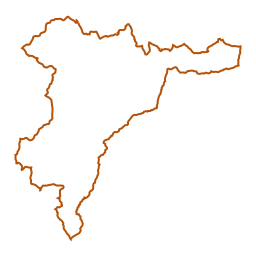 outline of Santiago de Chuco, La Libertad, Peru
{"feature_id": "86281439B3188642373758", "entity_name": "Santiago de Chuco", "entity_type": "district", "adm_level": 2, "iso_a3": "PER", "parent_name": "Peru", "parent_adm1": "La Libertad", "projection": "albers", "projection_center": [-78.103, -8.267], "detail": "fine", "context": "isolated", "style": "outline", "palette": "amber", "viewbox_px": 256, "rotation_deg": 0, "n_neighbors": 0, "source": "geoboundaries", "source_scale": "gbopen_adm2", "svg_char_len": 5579}
<svg xmlns="http://www.w3.org/2000/svg" viewBox="0 0 256 256"><path d="M15.4,154.9L15.6,157.7L15.4,158.8L16.3,160.9L16.4,163.3L17.2,163.4L18.2,162.7L19.2,163.0L20.8,164.4L21.8,165.9L22.1,166.7L22.2,168.0L21.6,169.1L21.8,169.9L22.6,169.7L25.2,166.9L26.2,166.8L29.0,167.6L31.3,167.5L30.9,169.4L31.5,171.3L31.6,173.3L30.4,177.5L30.4,178.5L31.0,180.0L31.1,183.5L31.7,184.0L33.2,184.2L35.6,185.1L38.8,187.8L39.7,188.1L40.2,189.0L40.2,190.4L40.5,190.3L41.2,187.8L43.1,185.6L46.5,185.6L53.6,184.1L56.5,185.5L60.9,185.5L62.8,185.7L63.3,186.1L63.6,187.2L63.1,188.1L62.7,188.5L61.5,188.9L60.0,190.3L59.9,194.5L60.2,195.0L60.2,196.4L59.5,197.3L57.9,198.2L58.3,198.4L59.2,198.3L59.7,198.6L59.7,200.6L61.6,202.9L61.4,204.4L62.1,205.1L62.0,205.8L59.2,207.4L57.8,207.1L57.2,207.3L56.3,208.6L55.3,209.2L56.2,209.8L56.8,210.6L57.0,212.1L57.8,212.8L57.4,215.6L58.0,217.1L60.1,219.6L61.5,220.5L63.2,222.8L63.3,223.6L62.9,224.4L63.7,225.8L63.7,228.6L66.2,232.1L66.9,233.6L69.1,235.6L70.0,238.2L70.8,239.2L70.9,238.6L73.0,236.7L79.1,233.2L79.9,232.2L80.8,230.4L80.2,228.6L81.5,226.5L82.2,225.9L82.8,223.9L81.4,220.0L80.4,219.0L80.5,216.5L79.4,215.5L78.7,214.2L77.4,214.4L76.6,214.1L76.5,212.4L76.1,211.5L76.7,210.7L76.9,209.6L77.6,208.8L77.6,207.4L78.5,207.0L78.8,205.4L79.3,205.2L79.2,204.7L80.1,204.3L80.2,202.6L81.2,201.6L82.0,201.3L82.7,199.5L83.9,199.1L84.4,197.5L85.5,198.1L86.7,197.6L88.4,196.1L89.5,194.6L89.4,192.8L89.7,192.1L90.8,190.8L91.6,190.7L93.1,189.0L93.3,184.3L94.0,183.1L94.9,182.8L95.4,179.9L97.1,177.2L97.3,176.0L98.2,174.1L98.4,172.6L97.9,170.4L98.6,168.7L98.9,165.8L99.6,164.4L98.2,163.3L98.9,159.8L98.6,158.1L98.7,157.3L100.3,156.3L101.1,155.2L103.0,154.8L103.4,154.0L105.1,152.4L105.2,150.2L106.5,149.3L107.0,148.5L107.0,147.8L105.4,145.5L105.2,144.0L103.6,142.9L103.9,141.4L105.1,140.3L108.8,139.0L109.4,137.9L110.4,137.2L111.1,135.8L111.9,135.9L112.3,135.7L113.1,133.5L114.6,132.0L116.7,132.2L118.7,131.3L119.5,129.1L121.4,128.5L125.0,125.3L127.5,124.8L128.1,124.0L127.9,122.3L128.3,121.4L132.7,115.7L134.3,114.8L136.2,115.0L139.3,114.0L140.8,113.9L141.6,113.3L143.3,112.9L144.0,111.7L145.9,111.2L147.5,111.5L147.8,111.0L150.3,111.0L151.3,110.0L152.2,110.2L155.1,108.4L156.2,108.3L157.0,107.8L156.8,105.8L157.7,103.4L157.6,101.5L158.9,96.4L160.0,94.4L160.7,93.6L160.6,92.4L161.2,91.5L161.2,89.6L161.8,89.1L161.7,87.8L162.5,86.6L162.5,86.0L163.5,85.5L164.2,82.3L165.2,81.3L164.9,80.2L165.0,78.4L166.1,74.8L167.1,72.9L167.4,69.2L167.8,68.9L169.0,68.7L169.9,69.2L171.2,69.4L173.7,67.8L175.7,67.1L176.7,67.8L178.0,70.2L180.2,72.6L183.8,72.5L185.6,72.9L187.6,71.2L192.1,70.5L193.8,71.1L196.3,71.5L197.4,73.4L199.1,73.9L203.0,73.3L204.5,73.5L205.4,72.8L206.2,72.7L207.4,73.2L209.0,73.4L210.9,72.2L211.2,71.3L213.3,72.0L215.9,71.7L218.3,72.2L220.8,70.8L223.1,70.2L223.6,69.6L224.6,69.4L226.2,68.5L228.0,69.2L233.3,67.8L235.7,66.3L236.6,66.3L237.2,65.8L238.6,65.5L238.2,63.7L238.5,62.0L238.1,60.2L238.7,59.2L239.3,55.2L240.3,53.0L240.1,50.9L240.6,47.8L240.5,46.3L238.7,46.7L234.6,46.0L232.2,46.2L228.4,44.6L226.1,44.1L224.0,42.5L222.7,39.8L221.2,40.4L220.0,38.8L218.4,39.1L218.0,41.9L216.8,42.0L215.6,43.2L213.6,44.1L212.1,45.3L208.8,47.0L207.7,48.1L207.3,50.1L208.3,51.1L207.7,51.8L204.3,52.2L201.9,52.0L200.1,53.2L199.4,53.0L198.6,53.0L198.2,53.3L196.3,53.0L194.0,53.2L192.2,51.7L190.7,49.4L189.0,48.3L188.0,47.4L187.4,46.3L185.9,45.6L184.2,43.9L181.5,45.7L179.9,46.1L177.9,47.1L176.6,47.3L175.9,47.1L174.7,46.0L173.0,45.1L172.6,47.7L170.7,50.4L170.0,50.9L168.9,49.5L164.9,49.0L163.6,49.6L161.9,49.5L161.4,50.9L160.8,51.1L159.3,50.0L159.5,48.8L158.0,47.7L157.3,46.4L151.5,43.9L150.3,42.9L149.2,42.5L148.8,45.2L149.8,49.4L149.8,51.1L147.0,54.4L146.0,54.6L145.4,54.4L144.4,51.4L142.5,48.5L142.1,45.9L139.6,46.5L136.9,46.4L136.0,45.6L136.7,43.4L135.5,41.5L134.9,41.1L135.1,40.2L134.3,39.3L134.5,38.5L134.1,36.9L131.9,34.4L131.6,33.4L132.0,31.2L131.7,29.6L130.7,26.8L129.8,25.9L128.8,24.2L127.5,24.3L126.4,25.5L126.2,26.1L125.5,26.3L125.4,28.5L124.7,29.4L123.2,30.1L119.9,30.0L119.1,30.5L118.8,31.8L117.9,32.5L118.6,33.1L118.5,34.0L117.6,34.8L117.0,34.9L116.1,34.3L115.1,34.3L113.2,35.4L110.7,35.6L107.5,36.8L106.5,36.0L105.8,36.0L104.1,36.5L100.1,38.7L99.5,38.0L96.6,32.0L96.0,31.6L94.5,32.0L90.8,31.6L90.3,31.9L89.5,34.5L88.1,34.1L87.3,34.5L86.0,33.6L84.4,34.1L83.4,33.6L82.5,32.1L81.4,28.8L79.9,26.1L79.2,25.4L78.5,23.4L77.8,22.7L77.5,21.3L76.7,20.6L76.7,22.4L75.9,22.8L74.3,20.9L70.4,18.8L68.3,16.8L67.4,16.8L66.8,17.3L65.3,19.0L63.7,20.3L62.8,20.2L61.5,19.2L60.1,18.7L58.1,19.0L55.3,19.0L53.8,20.2L52.6,20.0L51.4,20.5L50.6,21.2L50.1,22.6L47.7,23.1L46.5,23.9L45.8,26.1L45.8,28.6L45.4,30.9L44.5,31.9L41.4,33.0L40.7,33.5L39.7,35.6L39.1,35.8L37.7,36.3L35.6,35.9L33.4,36.7L32.9,38.7L29.9,44.2L28.6,44.8L27.2,44.4L24.2,46.0L22.1,48.2L24.1,49.5L25.6,51.7L26.4,53.8L27.2,54.6L28.5,55.2L28.9,55.9L30.7,55.8L32.4,56.0L34.9,57.6L37.5,58.2L37.6,58.7L36.7,59.7L37.1,60.6L38.9,62.7L42.4,64.3L44.3,67.0L46.7,67.6L49.7,66.1L51.3,66.0L52.3,66.4L54.0,68.4L55.7,69.2L55.3,72.6L52.9,74.4L52.3,75.3L53.0,77.4L52.4,79.2L52.8,80.1L51.8,81.5L51.4,83.6L50.0,84.1L49.1,87.2L48.6,88.1L47.2,89.4L47.2,90.8L47.9,92.4L47.7,93.2L45.4,95.4L46.4,96.3L49.0,97.6L51.2,99.6L51.4,100.1L52.6,109.4L52.2,115.0L52.4,118.5L51.8,119.5L49.8,120.9L49.2,123.3L48.7,124.0L46.6,124.2L45.4,124.8L43.7,125.2L42.5,127.1L39.1,129.2L38.5,131.4L37.0,134.1L36.6,134.6L35.4,134.9L34.7,135.5L33.8,138.1L32.4,139.6L30.2,140.4L28.4,139.4L26.7,137.9L25.3,138.0L24.3,138.7L22.4,139.1L20.3,138.8L20.3,140.8L19.3,143.3L19.5,147.7L18.4,150.5L17.6,151.6L17.0,154.1L16.4,154.6L15.4,154.9Z" fill="none" stroke="#b45309" stroke-width="2"/></svg>